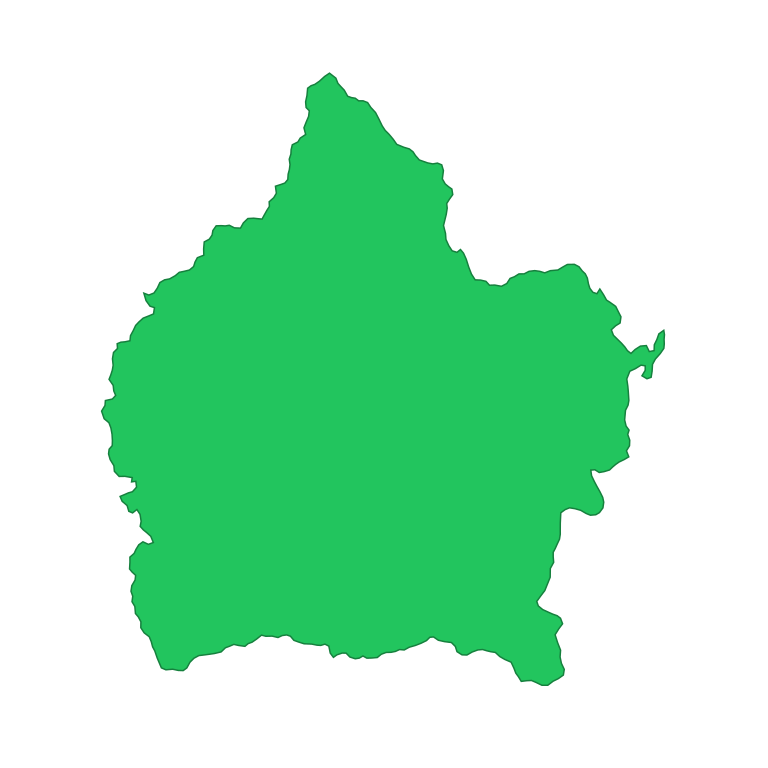 Bom Despacho, Minas Gerais, Brazil (Robinson projection), rotated 175°
{"feature_id": "56859067B37689080878598", "entity_name": "Bom Despacho", "entity_type": "district", "adm_level": 2, "iso_a3": "BRA", "parent_name": "Brazil", "parent_adm1": "Minas Gerais", "projection": "robinson", "projection_center": [-45.298, -19.708], "detail": "fine", "context": "isolated", "style": "filled", "palette": "green", "viewbox_px": 768, "rotation_deg": 175, "n_neighbors": 0, "source": "geoboundaries", "source_scale": "gbopen_adm2", "svg_char_len": 5266}
<svg xmlns="http://www.w3.org/2000/svg" viewBox="0 0 768 768"><g transform="rotate(175 384 384)"><path d="M615.3,495.4L613.8,487.8L610.3,481.9L606.0,480.1L607.5,473.9L611.8,472.5L618.2,470.6L622.6,467.3L626.3,464.0L629.2,459.0L632.3,454.3L633.3,449.2L638.6,448.6L642.5,448.6L646.3,447.4L646.4,442.6L650.7,439.0L652.3,432.8L652.2,426.2L653.5,421.3L655.4,416.8L657.5,412.6L653.9,406.2L653.8,400.7L652.3,396.0L655.9,392.7L663.0,391.8L663.8,386.9L667.7,381.6L665.8,373.8L661.4,369.4L659.9,364.0L659.3,357.6L659.5,351.2L660.1,346.3L663.5,343.0L664.5,338.4L663.4,332.6L660.2,326.2L660.2,320.5L655.9,315.0L650.1,314.6L643.0,312.7L644.0,308.5L639.7,308.7L639.5,302.8L644.0,298.6L648.2,297.8L652.0,296.5L656.7,295.0L655.1,290.0L650.5,285.3L649.3,279.4L645.7,277.5L641.1,280.5L638.4,275.4L637.9,268.4L639.3,263.4L636.4,259.6L633.3,256.6L629.6,252.6L627.6,246.2L632.7,244.8L637.9,247.8L642.3,245.2L645.4,241.0L647.7,237.0L652.2,233.7L652.6,228.7L653.6,221.9L651.1,218.3L648.1,215.1L649.0,210.5L652.8,205.1L654.1,199.6L652.8,194.5L654.0,189.1L651.6,184.1L651.6,177.0L649.1,173.5L646.9,168.3L647.5,162.4L644.6,157.0L639.9,152.7L638.3,147.6L637.4,142.3L635.6,138.1L633.8,130.8L630.5,120.6L626.2,118.3L619.4,118.3L613.9,116.6L609.0,116.0L605.2,118.3L601.6,123.7L597.2,127.4L592.1,129.6L585.8,129.8L581.7,130.0L576.4,130.3L569.6,131.3L564.9,135.1L560.8,136.2L556.3,137.7L551.6,136.2L545.4,134.8L542.0,137.2L537.9,138.3L533.0,141.1L527.9,144.5L523.7,143.0L517.4,142.6L511.7,140.7L507.3,142.3L502.8,142.5L499.2,140.9L496.1,136.5L491.8,134.5L486.3,132.2L478.7,131.2L473.6,129.7L469.8,129.1L465.5,130.0L461.8,127.7L461.0,120.6L458.2,116.1L454.5,118.3L449.1,119.6L445.2,119.2L441.8,115.0L436.6,112.8L432.5,113.1L428.7,114.9L425.0,112.4L420.0,112.1L414.5,112.1L410.3,115.0L405.3,116.4L400.4,116.1L395.9,116.6L391.7,118.1L387.0,117.3L381.8,119.6L375.6,120.8L369.7,122.5L364.0,124.7L360.4,127.7L356.7,127.7L352.2,124.0L346.3,122.1L339.4,120.6L335.8,116.3L334.6,111.0L329.9,107.4L325.0,106.8L319.6,109.3L313.7,110.9L308.9,110.9L304.9,109.3L301.0,108.0L296.5,106.9L292.4,102.4L287.7,99.1L281.6,95.8L279.3,89.5L277.9,84.5L275.6,80.7L273.2,75.8L267.8,76.0L262.9,75.8L258.6,73.5L252.9,70.1L247.1,69.6L241.4,73.2L236.0,75.3L230.7,78.4L229.3,84.0L231.6,90.2L232.4,96.7L231.3,103.4L233.6,111.2L235.4,119.3L231.2,124.9L227.0,129.6L228.6,135.3L231.7,138.1L235.9,140.0L240.4,142.5L245.5,145.4L249.6,149.4L250.8,154.1L246.1,159.5L241.8,164.2L238.5,170.7L235.3,177.0L234.4,185.7L230.5,191.6L230.5,197.1L230.1,201.6L227.7,205.3L225.6,209.1L222.7,214.1L221.5,219.0L221.1,223.7L220.5,230.1L219.1,240.3L214.5,243.1L210.0,244.5L204.5,243.1L199.0,241.0L193.9,237.4L189.8,235.3L184.4,235.3L180.6,237.1L176.7,241.5L175.4,247.1L176.0,252.0L178.3,257.9L180.9,263.6L183.0,268.6L185.2,274.5L185.5,280.2L181.4,280.2L177.3,277.1L172.5,277.5L166.8,278.7L163.6,281.3L160.2,283.7L156.6,285.8L151.1,287.9L146.5,290.1L148.3,296.3L144.8,301.1L144.1,306.6L145.6,312.5L143.9,316.7L146.5,321.0L147.4,327.2L145.7,336.8L142.7,341.7L141.5,346.3L141.3,355.5L141.3,360.5L141.7,367.9L138.0,375.3L132.2,377.4L126.3,380.4L122.2,379.3L122.6,374.8L126.3,369.7L121.6,366.3L117.3,367.4L115.8,373.4L114.8,380.2L111.5,385.2L106.1,390.3L102.1,395.1L101.3,399.5L101.1,404.0L100.3,408.7L100.6,413.1L105.8,410.0L108.3,404.5L111.3,399.5L112.0,393.7L116.9,393.2L119.3,399.4L125.3,399.4L130.8,396.5L135.3,392.9L138.6,396.0L140.9,400.0L143.9,404.0L147.6,408.3L151.2,412.5L152.8,418.2L148.2,421.8L143.5,424.2L142.1,430.3L144.1,435.2L146.4,441.1L151.3,445.3L155.0,448.2L157.5,453.8L160.7,459.8L164.0,455.4L167.9,457.1L170.6,461.4L171.6,465.9L172.2,471.8L173.9,476.2L176.7,479.4L179.5,483.8L183.9,486.6L190.9,487.1L196.0,484.8L200.9,482.4L208.4,482.4L214.2,480.7L219.1,482.7L224.0,483.8L229.7,483.6L234.8,481.5L240.0,481.9L244.7,479.5L249.2,478.2L252.9,473.4L258.5,471.1L265.0,472.9L270.3,473.2L273.5,477.4L278.7,479.1L284.1,479.8L287.3,485.9L289.4,493.0L291.2,501.1L293.4,507.4L296.1,511.3L299.8,508.8L304.5,510.7L307.4,516.1L309.7,522.6L309.6,528.6L310.9,536.7L309.0,542.3L307.2,547.6L305.7,553.7L305.8,558.3L302.7,562.4L299.0,566.7L299.4,572.3L302.5,574.9L305.6,578.0L308.0,583.2L306.2,591.4L307.4,597.3L311.5,599.4L316.2,599.0L321.4,600.5L329.3,604.1L332.8,608.9L334.8,612.7L338.3,616.0L343.6,618.1L350.4,621.6L353.5,627.0L357.2,632.3L360.7,636.5L363.3,641.3L366.0,648.4L368.8,655.2L373.0,660.6L375.8,665.8L380.1,667.9L384.6,668.3L387.7,671.2L391.3,672.1L395.1,673.8L398.0,680.2L401.2,684.2L403.7,687.5L405.3,692.9L411.2,698.4L416.4,695.5L421.9,691.3L426.8,688.5L430.7,687.5L434.3,685.3L435.6,678.1L437.5,671.9L437.5,666.2L434.6,662.7L435.8,657.1L438.7,651.7L441.4,646.2L440.3,639.4L446.0,636.3L448.7,632.6L454.5,630.3L456.1,625.5L456.7,621.2L458.8,616.2L458.5,610.8L459.6,605.8L461.2,601.4L462.0,596.1L465.3,592.8L469.6,591.7L474.9,590.5L474.6,583.4L477.6,579.2L482.5,575.6L482.7,570.9L485.6,567.1L488.2,563.3L491.1,558.9L494.8,559.6L499.3,560.5L505.2,560.7L510.0,556.8L513.4,551.8L519.4,552.6L524.3,555.6L528.4,555.3L532.1,555.9L537.4,556.2L541.1,551.8L542.3,547.3L545.4,543.5L550.7,541.2L551.9,534.3L552.3,528.0L558.9,526.1L561.6,522.0L563.4,517.6L567.9,514.5L573.1,513.7L578.2,513.1L582.5,510.1L588.4,507.4L593.5,506.9L598.4,504.6L601.5,499.2L605.2,494.7L610.5,493.1L615.3,495.4Z" fill="#22c55e" stroke="#15803d" stroke-width="1.5"/></g></svg>